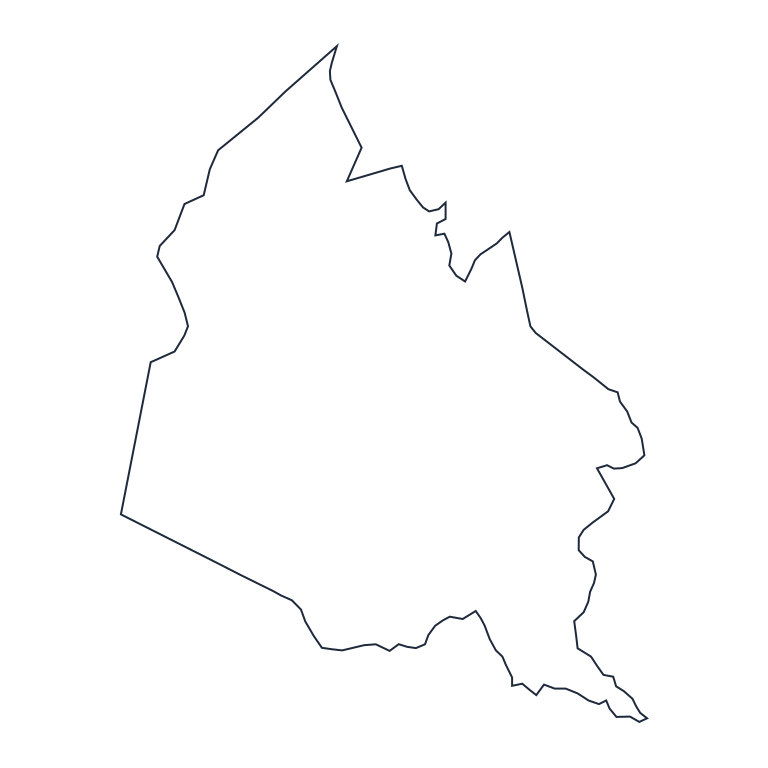 outline of Capoeiras, Pernambuco, Brazil
{"feature_id": "56859067B97544685328252", "entity_name": "Capoeiras", "entity_type": "district", "adm_level": 2, "iso_a3": "BRA", "parent_name": "Brazil", "parent_adm1": "Pernambuco", "projection": "natural_earth1", "projection_center": [-36.564, -8.678], "detail": "fine", "context": "isolated", "style": "outline", "palette": "slate", "viewbox_px": 768, "rotation_deg": 0, "n_neighbors": 0, "source": "geoboundaries", "source_scale": "gbopen_adm2", "svg_char_len": 1825}
<svg xmlns="http://www.w3.org/2000/svg" viewBox="0 0 768 768"><path d="M512.1,685.8L522.3,683.7L529.5,689.8L536.3,695.1L544.0,684.6L554.7,688.6L565.7,688.6L577.6,693.4L588.6,700.5L599.0,704.1L606.2,700.5L609.6,708.6L616.4,716.9L630.0,716.6L639.3,721.9L647.1,718.3L640.2,712.9L636.1,706.2L632.5,698.8L623.9,691.2L616.1,686.3L613.2,676.7L603.5,674.9L597.1,665.9L591.0,656.6L577.6,648.3L576.2,636.2L574.2,621.2L583.7,612.2L588.3,601.7L590.1,591.8L594.0,583.0L595.9,574.6L592.8,561.4L584.8,556.9L578.7,550.2L578.8,537.4L583.7,529.8L592.5,522.7L608.1,511.3L614.2,498.9L597.0,468.3L607.1,465.2L613.8,468.6L622.2,468.1L635.6,463.3L644.4,455.3L641.7,438.6L637.6,427.9L631.5,422.5L627.2,411.5L620.0,401.6L617.6,392.3L608.4,389.2L593.7,377.4L583.4,369.8L535.6,332.9L530.4,326.3L527.2,311.6L522.3,287.8L509.4,232.0L502.4,237.7L496.8,243.4L480.4,254.4L474.9,260.3L471.5,268.6L465.1,281.5L456.3,275.7L449.3,265.5L451.4,253.6L448.3,242.2L444.4,233.7L435.4,235.4L436.9,223.5L445.6,219.0L445.6,202.6L438.6,209.2L429.1,211.4L423.0,207.4L416.6,199.5L409.8,190.2L405.6,179.1L401.8,165.8L389.9,168.6L346.8,181.3L361.6,147.7L341.8,107.8L335.0,90.8L330.4,79.8L329.9,71.0L331.9,62.5L336.9,46.1L285.6,91.3L258.3,117.6L218.1,150.3L209.8,169.3L203.7,195.2L184.5,204.0L174.6,230.1L159.7,246.0L157.2,256.7L172.1,282.1L178.2,296.6L184.6,312.6L188.0,326.3L184.3,335.6L174.6,351.5L150.7,362.2L131.6,459.7L120.9,514.4L214.0,561.4L240.8,575.1L273.2,591.1L281.1,595.5L291.9,600.3L301.0,609.6L305.3,621.5L313.6,635.7L321.9,647.8L331.5,649.2L342.2,650.4L364.0,645.2L375.8,644.3L389.6,650.9L398.7,644.2L407.0,646.8L415.9,648.1L425.0,644.3L428.4,635.0L435.2,625.7L443.0,620.3L449.8,616.7L462.7,619.0L475.7,611.0L480.7,618.1L484.6,625.5L489.8,639.3L495.9,650.4L502.4,656.6L505.8,664.7L512.1,677.5L512.1,685.8Z" fill="none" stroke="#1e293b" stroke-width="2"/></svg>